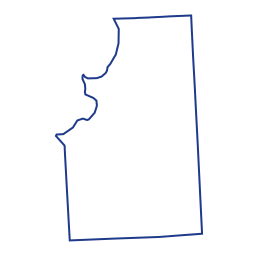 the district of Macomb, Michigan, United States of America, rotated 179°
{"feature_id": "52423323B97340038946788", "entity_name": "Macomb", "entity_type": "district", "adm_level": 2, "iso_a3": "USA", "parent_name": "United States of America", "parent_adm1": "Michigan", "projection": "mercator", "projection_center": [-82.866, 42.672], "detail": "fine", "context": "isolated", "style": "outline", "palette": "blue", "viewbox_px": 256, "rotation_deg": 179, "n_neighbors": 0, "source": "geoboundaries", "source_scale": "gbopen_adm2", "svg_char_len": 797}
<svg xmlns="http://www.w3.org/2000/svg" viewBox="0 0 256 256"><g transform="rotate(179 128 128)"><path d="M55.8,21.0L58.5,108.3L60.0,152.0L60.5,167.4L61.6,196.2L62.5,225.0L62.9,239.4L84.2,238.9L91.0,238.6L103.8,238.2L104.9,238.1L116.7,237.9L119.2,237.7L140.4,237.5L135.5,227.2L136.0,212.8L138.9,201.7L144.1,193.2L144.4,192.6L147.4,189.2L148.0,185.8L149.3,183.4L153.5,179.9L158.3,178.4L167.2,178.3L169.9,179.6L171.6,181.9L172.4,181.3L172.7,178.0L170.3,172.4L170.0,167.6L170.5,164.8L170.0,162.3L162.0,158.6L159.1,155.9L158.7,151.0L159.4,148.6L161.1,143.8L167.0,137.3L168.7,136.7L173.0,138.2L178.5,136.4L181.8,131.4L183.0,129.5L192.8,123.0L199.5,122.7L200.2,121.3L191.7,111.5L191.5,104.2L190.2,68.6L188.2,16.6L142.1,17.7L99.2,18.5L55.8,21.0Z" fill="none" stroke="#1e3a8a" stroke-width="2"/></g></svg>